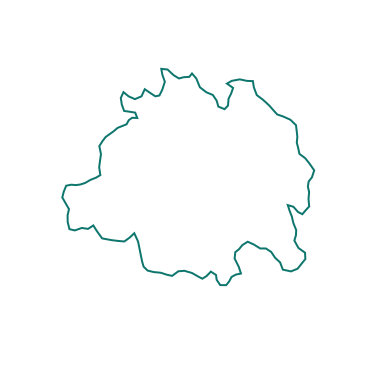 Ibituruna, Minas Gerais, Brazil (Equal Earth projection), rotated 328°
{"feature_id": "56859067B57864573581832", "entity_name": "Ibituruna", "entity_type": "district", "adm_level": 2, "iso_a3": "BRA", "parent_name": "Brazil", "parent_adm1": "Minas Gerais", "projection": "equal_earth", "projection_center": [-44.785, -21.171], "detail": "fine", "context": "isolated", "style": "outline", "palette": "teal", "viewbox_px": 384, "rotation_deg": 328, "n_neighbors": 0, "source": "geoboundaries", "source_scale": "gbopen_adm2", "svg_char_len": 2000}
<svg xmlns="http://www.w3.org/2000/svg" viewBox="0 0 384 384"><g transform="rotate(328 192 192)"><path d="M72.3,162.5L79.5,164.1L84.3,168.2L90.6,168.1L90.6,174.6L91.2,183.7L98.4,190.3L103.6,194.5L108.4,198.1L115.1,197.6L121.2,196.4L120.0,205.5L117.7,211.6L115.1,218.5L112.8,224.7L111.4,229.7L112.7,235.1L117.1,239.6L122.8,244.0L126.9,248.9L130.7,252.6L138.4,252.0L143.8,254.8L149.0,260.6L152.3,266.7L154.8,271.0L159.9,271.0L165.8,269.5L168.4,275.1L166.4,279.5L166.6,285.9L171.6,289.1L176.0,287.6L180.6,285.0L185.5,285.3L190.3,287.1L192.0,280.3L192.9,271.0L196.8,266.0L201.6,265.4L206.6,263.7L212.9,263.7L216.6,269.3L219.9,276.0L224.7,279.0L227.4,284.8L227.6,291.8L229.4,298.4L227.9,306.0L233.9,311.8L240.9,313.0L247.2,310.8L252.6,308.9L255.7,303.4L252.6,295.9L253.1,287.4L257.2,283.8L260.2,279.5L261.5,272.1L263.7,265.6L264.8,259.7L266.3,253.9L270.2,258.3L271.3,265.0L273.8,269.3L279.2,267.6L283.7,266.4L287.1,259.7L291.3,254.1L293.1,248.9L296.5,244.9L301.5,243.1L307.1,238.4L306.7,230.2L305.9,223.3L303.3,216.6L305.4,210.9L307.0,205.7L310.6,201.0L313.2,195.6L315.6,190.4L313.7,182.8L309.2,176.1L305.3,171.3L303.3,159.5L301.0,151.2L298.3,144.2L299.9,136.1L302.4,130.2L297.6,127.0L292.2,121.8L284.6,118.8L279.1,118.6L282.0,125.5L277.6,129.1L272.4,132.3L268.3,137.8L263.5,139.0L259.6,133.5L261.3,127.7L261.1,120.8L257.0,115.0L254.2,107.4L255.8,97.9L254.8,91.5L250.7,92.9L245.9,90.3L241.1,88.8L238.3,83.2L236.2,75.2L231.2,71.3L229.0,76.9L227.4,84.1L221.0,89.5L215.5,92.9L211.6,91.4L209.2,86.2L206.4,79.8L199.9,84.1L192.8,83.0L189.0,77.4L186.8,71.0L181.4,74.6L178.8,80.7L177.4,87.3L181.2,90.5L185.9,94.6L184.8,100.2L180.5,97.3L176.4,97.6L172.4,99.9L167.4,99.0L162.9,98.2L157.5,99.0L152.2,99.3L147.9,99.6L143.3,101.3L137.7,104.0L134.9,111.6L131.2,116.0L126.4,121.8L123.2,129.1L118.2,129.0L112.3,127.9L106.2,127.7L101.4,126.5L97.3,124.7L93.4,121.8L88.6,120.0L83.4,123.8L79.1,127.9L78.8,135.5L78.6,141.3L74.1,145.9L70.6,151.7L68.4,158.6L72.3,162.5Z" fill="none" stroke="#0f766e" stroke-width="2"/></g></svg>